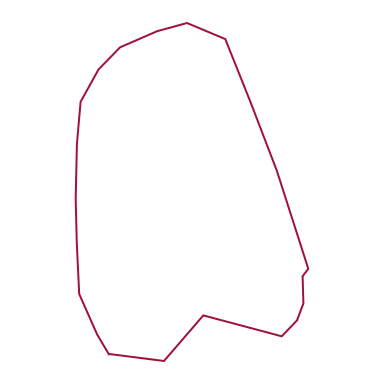 Blackburn with Darwen, Albers equal-area conic projection
{"feature_id": "GBR-2122", "entity_name": "Blackburn with Darwen", "entity_type": "Unitary Authority", "adm_level": 1, "iso_a3": "GBR", "parent_name": "United Kingdom", "parent_adm1": "", "projection": "albers", "projection_center": [-2.45, 53.698], "detail": "fine", "context": "isolated", "style": "outline", "palette": "rose", "viewbox_px": 384, "rotation_deg": 0, "n_neighbors": 0, "source": "natural_earth", "source_scale": "10m", "svg_char_len": 402}
<svg xmlns="http://www.w3.org/2000/svg" viewBox="0 0 384 384"><path d="M187.0,23.0L225.3,39.1L250.4,101.8L276.8,170.6L300.8,245.4L308.3,268.8L302.6,276.2L303.4,303.4L297.0,320.4L281.7,336.3L203.3,315.4L164.0,361.0L109.3,354.0L108.9,354.3L97.1,334.4L79.2,294.0L76.8,243.4L75.7,198.9L76.9,144.2L80.6,101.8L98.5,69.5L120.1,47.3L157.1,31.2L187.0,23.0Z" fill="none" stroke="#9f1239" stroke-width="2"/></svg>